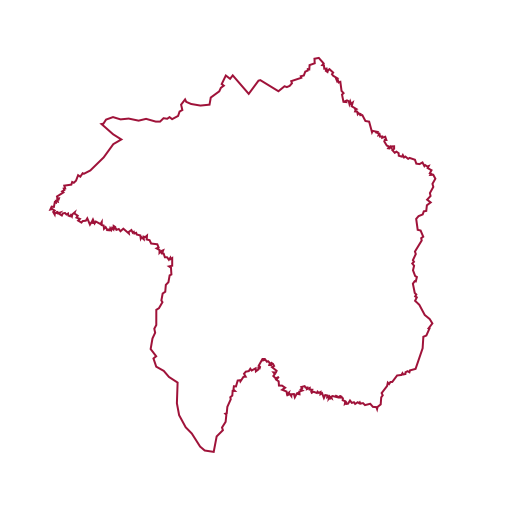 outline of Federal, Entre Ríos, Argentina, rotated 78°
{"feature_id": "61730980B64393727529638", "entity_name": "Federal", "entity_type": "district", "adm_level": 2, "iso_a3": "ARG", "parent_name": "Argentina", "parent_adm1": "Entre Ríos", "projection": "albers", "projection_center": [-58.864, -31.028], "detail": "fine", "context": "isolated", "style": "outline", "palette": "rose", "viewbox_px": 512, "rotation_deg": 78, "n_neighbors": 0, "source": "geoboundaries", "source_scale": "gbopen_adm2", "svg_char_len": 6058}
<svg xmlns="http://www.w3.org/2000/svg" viewBox="0 0 512 512"><g transform="rotate(78 256 256)"><path d="M430.9,169.4L428.9,168.5L427.1,164.9L420.3,162.9L418.6,161.0L416.2,161.6L410.4,154.8L407.3,153.4L408.9,152.4L407.2,150.7L407.5,148.9L402.2,142.8L402.6,138.5L401.1,137.1L402.5,136.7L402.5,134.4L400.8,133.9L400.2,131.7L401.6,130.1L399.9,129.2L399.6,123.4L380.9,112.2L369.8,109.1L369.2,105.9L363.0,101.4L362.6,102.2L358.6,97.5L353.8,99.2L348.8,103.2L337.7,106.4L332.9,109.7L329.9,107.3L328.6,108.7L327.0,107.2L325.2,108.4L315.7,108.3L313.6,106.0L314.1,105.0L310.0,103.0L308.6,104.5L302.6,105.4L298.4,103.4L295.8,104.7L294.5,102.7L292.7,103.4L287.3,99.3L284.7,99.6L275.3,90.7L272.9,90.7L271.9,88.4L265.3,89.7L264.0,92.4L253.0,91.6L250.8,88.7L250.0,84.3L247.2,82.6L247.3,80.1L241.9,78.3L239.9,74.0L236.5,76.9L233.6,72.8L230.6,72.8L225.3,68.2L222.1,68.4L217.7,64.5L213.4,65.7L213.0,68.4L212.2,67.5L211.3,68.8L208.6,66.5L205.7,69.8L203.9,68.4L204.1,69.8L202.3,71.6L203.1,72.6L199.1,73.7L200.1,76.9L199.0,80.0L194.9,80.5L192.0,85.4L192.6,87.0L189.8,89.2L190.4,90.7L187.8,91.4L189.2,92.6L187.6,95.5L185.1,95.1L183.1,97.0L183.9,98.8L180.8,100.6L179.8,98.6L177.4,98.1L177.0,100.5L178.4,100.9L177.0,101.5L178.6,103.0L178.1,104.3L176.7,102.9L175.2,105.1L170.7,106.7L169.2,105.9L169.6,104.4L166.2,104.8L166.6,108.0L165.3,107.7L165.0,109.9L163.1,109.8L163.3,111.0L161.8,110.1L160.4,112.4L159.8,111.5L157.9,115.9L159.1,116.8L148.1,117.4L146.7,120.9L140.3,122.7L139.9,124.6L138.0,124.0L139.1,124.9L137.6,126.0L138.4,127.0L135.8,127.0L135.2,129.0L133.8,128.1L133.8,129.3L133.2,127.2L129.4,131.3L126.1,129.6L127.0,131.4L124.5,131.7L126.8,133.0L123.9,133.1L122.7,134.7L123.1,136.5L124.1,136.1L123.4,138.4L116.0,138.3L114.9,136.5L112.3,138.0L103.2,137.3L103.5,139.0L101.2,139.3L102.0,140.3L99.3,140.8L99.0,139.6L95.7,143.1L94.0,143.9L92.6,142.4L88.5,145.3L89.2,146.4L88.2,146.3L90.9,147.8L89.4,149.2L87.3,148.2L87.0,150.3L83.7,149.9L83.1,151.5L81.7,149.8L75.3,153.4L75.2,157.8L79.7,158.5L80.4,163.9L84.6,165.1L84.0,166.5L85.4,166.9L85.9,169.5L89.4,171.7L89.5,174.8L91.1,174.6L92.3,185.2L94.5,184.9L96.6,187.7L97.2,190.7L95.9,192.8L99.5,199.8L84.9,215.2L85.0,217.1L95.9,229.4L74.5,241.2L77.3,244.5L73.2,248.0L80.7,253.8L82.7,252.1L84.2,255.4L87.3,257.7L91.6,267.3L98.3,270.0L97.3,279.1L93.8,287.9L90.7,292.2L88.1,292.8L92.4,297.8L97.9,297.7L98.8,300.7L102.8,303.1L104.7,309.6L102.2,311.7L103.3,314.3L102.0,317.8L104.6,321.9L103.7,326.1L99.0,335.0L99.2,342.7L95.1,352.0L94.2,360.1L90.4,367.0L91.4,374.3L94.8,377.7L94.8,379.7L107.3,370.4L114.0,363.5L116.9,372.3L127.9,384.5L137.9,400.3L139.8,407.3L139.0,408.3L141.9,411.4L140.0,413.2L144.9,416.4L146.5,419.0L145.4,420.4L147.8,421.8L147.3,428.9L150.2,428.6L150.1,430.0L151.6,429.7L152.5,432.2L153.8,431.2L156.4,438.3L158.3,438.2L158.6,436.7L159.8,437.4L159.5,438.7L161.6,438.6L160.6,440.3L162.2,440.6L161.5,441.6L166.0,443.5L165.2,445.6L167.8,447.5L167.7,445.5L169.7,443.5L170.8,445.2L173.6,444.3L171.9,443.7L172.6,441.8L170.8,441.1L173.0,441.0L172.8,438.6L173.7,439.9L176.0,437.5L174.2,436.2L174.2,433.9L176.0,432.8L175.4,431.0L177.5,431.1L178.5,429.6L177.5,428.6L179.1,427.9L177.1,427.0L175.6,424.2L176.6,424.8L179.6,422.0L181.1,423.6L183.1,420.6L184.4,422.6L187.0,419.8L185.8,418.3L186.1,415.1L184.1,413.2L190.8,411.9L189.2,410.4L189.7,408.8L188.3,409.4L186.4,407.9L190.6,407.1L189.0,405.5L192.4,401.5L190.6,399.8L193.7,400.5L194.5,398.7L197.8,399.0L196.5,397.1L199.2,396.2L199.5,394.4L200.0,395.3L200.5,393.7L198.6,392.8L200.5,392.1L198.7,391.0L200.3,390.0L197.0,389.0L198.2,387.8L199.9,388.9L200.0,387.3L201.4,387.1L201.1,384.6L203.6,383.4L201.7,380.1L207.5,375.7L206.1,375.6L204.7,372.5L207.6,371.7L207.0,370.5L208.7,370.3L208.4,368.4L210.2,368.2L211.8,364.9L215.0,365.1L213.8,364.1L216.3,362.3L213.7,361.9L214.5,360.4L213.4,358.4L217.1,359.5L218.4,356.8L222.0,356.0L224.0,350.1L227.4,349.5L227.9,351.6L230.1,349.1L232.7,349.7L231.9,348.6L233.0,348.0L231.5,347.7L231.1,345.6L233.7,347.2L234.5,345.8L238.3,345.4L238.8,343.2L241.6,342.0L239.8,340.1L241.2,340.0L240.6,338.4L248.1,340.0L248.1,343.2L249.8,341.6L256.5,342.6L257.0,344.5L263.4,347.1L265.5,350.2L272.1,352.2L273.3,355.1L279.8,357.8L281.7,357.1L286.9,361.8L287.9,364.7L302.8,367.9L306.0,370.6L310.1,370.6L315.1,374.4L325.1,378.4L333.3,374.5L334.9,377.6L343.5,376.6L349.2,370.1L356.2,366.3L363.5,359.0L383.6,364.0L395.7,364.3L408.9,360.4L416.3,355.7L430.8,350.3L435.6,346.6L438.8,338.1L424.3,332.0L419.5,324.6L416.7,324.9L411.9,320.2L405.1,318.0L403.9,318.8L403.7,317.3L397.6,315.4L390.9,310.5L388.8,310.5L387.6,308.2L383.1,306.9L383.6,304.7L381.9,305.8L378.8,304.7L379.4,302.7L374.0,299.8L374.2,297.4L375.4,297.3L371.6,293.4L371.9,291.2L368.7,292.2L367.0,290.0L367.1,287.0L365.1,285.0L367.1,284.1L365.8,279.7L368.8,280.1L367.5,277.3L365.9,276.9L366.6,275.8L365.4,275.1L363.8,276.1L358.1,271.1L358.5,269.3L359.5,269.9L359.4,268.4L361.7,267.3L361.4,266.1L363.5,264.7L365.4,265.7L365.9,263.9L364.0,262.9L365.1,261.8L367.3,261.2L368.1,263.4L372.6,259.7L374.1,260.8L373.5,263.1L375.4,262.1L377.0,264.0L379.8,262.2L379.0,258.8L381.1,262.0L383.3,259.9L387.5,260.5L388.2,257.5L390.9,254.9L392.3,258.2L394.9,254.3L397.6,254.4L396.5,252.3L398.5,253.4L398.1,251.6L400.3,250.6L398.6,250.2L398.9,247.6L402.3,247.4L398.8,244.5L398.6,242.9L399.7,243.6L400.3,242.2L397.6,241.8L397.2,238.5L395.8,239.9L395.0,238.4L393.6,238.9L393.4,235.5L395.1,234.9L395.3,233.2L396.8,233.8L396.2,230.9L397.8,231.3L398.5,228.9L400.1,230.2L401.4,229.9L400.7,228.0L402.7,224.9L401.5,224.0L402.9,223.1L402.4,221.1L404.6,221.7L403.9,219.9L409.0,219.1L406.4,217.2L407.3,215.1L408.9,215.7L408.4,213.9L410.7,214.6L409.6,213.4L410.9,213.1L410.8,212.7L409.5,212.6L410.7,211.6L409.3,211.7L408.9,210.2L410.7,206.5L408.9,207.5L411.8,203.5L409.8,202.6L411.8,202.5L411.4,200.7L412.0,201.9L413.3,200.6L415.1,201.2L416.6,198.9L419.1,199.8L418.3,198.2L419.5,198.2L419.6,196.7L416.9,194.1L419.6,192.8L419.4,190.6L421.3,189.8L420.2,186.9L421.4,185.8L420.7,184.9L423.0,184.4L422.0,184.3L422.2,181.9L424.5,180.4L424.3,175.0L427.9,173.0L428.8,169.7L430.9,169.4Z" fill="none" stroke="#9f1239" stroke-width="2"/></g></svg>